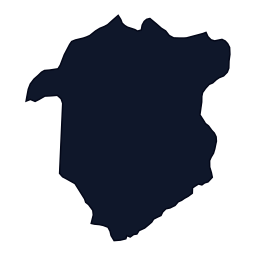 Jaborandi, São Paulo, Brazil (Natural Earth projection)
{"feature_id": "56859067B72694861704864", "entity_name": "Jaborandi", "entity_type": "district", "adm_level": 2, "iso_a3": "BRA", "parent_name": "Brazil", "parent_adm1": "São Paulo", "projection": "natural_earth1", "projection_center": [-48.409, -20.657], "detail": "fine", "context": "isolated", "style": "filled", "palette": "ink", "viewbox_px": 256, "rotation_deg": 0, "n_neighbors": 0, "source": "geoboundaries", "source_scale": "gbopen_adm2", "svg_char_len": 1675}
<svg xmlns="http://www.w3.org/2000/svg" viewBox="0 0 256 256"><path d="M26.1,101.1L30.4,99.4L35.1,101.4L38.9,99.5L44.8,96.1L49.2,95.9L52.3,95.7L57.3,95.3L61.1,98.7L62.7,103.3L59.6,173.4L62.6,176.8L65.7,178.4L75.0,183.6L84.6,198.9L85.7,202.3L88.6,204.6L92.8,210.3L93.3,215.0L91.2,223.4L94.3,224.1L99.5,224.6L103.2,225.4L108.0,227.2L110.1,231.3L111.1,235.6L114.1,240.6L120.4,240.1L125.8,238.8L126.9,235.6L130.2,237.0L133.6,234.5L136.9,234.0L139.0,230.6L141.7,229.4L144.7,228.0L148.8,224.6L151.7,222.1L153.6,219.1L157.5,217.1L161.0,215.5L162.6,212.1L165.9,208.8L170.1,207.9L175.1,205.4L178.2,201.8L181.6,200.3L184.3,198.4L188.1,196.3L192.3,193.2L192.5,187.9L195.0,186.2L198.5,184.0L201.9,184.9L204.6,182.9L208.0,181.9L212.3,177.3L211.4,172.8L209.7,167.1L209.6,160.6L211.1,157.2L213.5,153.2L214.8,148.8L215.5,145.3L216.4,141.2L216.1,136.8L214.3,133.1L211.7,130.3L208.5,125.9L205.4,123.5L203.4,120.2L199.9,114.8L201.7,102.0L201.8,96.2L202.6,92.5L205.5,88.4L209.1,84.4L212.7,82.9L216.2,79.7L219.1,77.7L223.6,75.9L227.3,72.1L228.8,68.1L229.0,61.0L229.9,54.4L229.6,47.5L227.6,43.6L225.2,41.0L222.0,39.4L214.6,40.9L211.0,39.8L207.9,36.6L206.0,32.4L202.8,33.6L186.6,37.9L183.7,38.1L180.0,38.1L173.7,37.9L169.2,35.5L165.6,30.9L161.4,28.3L156.5,24.0L149.9,18.5L146.7,19.3L144.2,21.4L142.2,25.1L141.3,30.0L137.5,31.1L134.9,29.6L131.6,28.5L127.5,27.2L124.7,25.5L122.1,23.1L120.8,19.6L118.2,15.4L112.9,20.0L107.7,24.7L104.4,26.5L99.9,28.3L95.5,31.0L89.9,35.5L86.5,37.0L83.3,38.1L75.4,40.0L71.7,41.5L69.7,44.4L64.3,54.7L60.3,65.1L58.0,68.8L49.4,70.1L44.5,70.5L41.5,72.2L38.1,75.5L34.0,79.1L30.3,84.0L28.3,89.2L26.9,96.6L26.1,101.1Z" fill="#0f172a" stroke="#020617" stroke-width="1.5"/></svg>